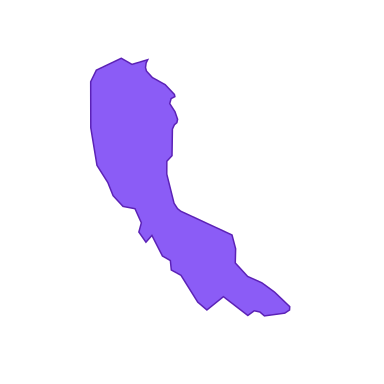 Middlesex, Virginia, United States of America, rotated 26°
{"feature_id": "52423323B72880351816690", "entity_name": "Middlesex", "entity_type": "district", "adm_level": 2, "iso_a3": "USA", "parent_name": "United States of America", "parent_adm1": "Virginia", "projection": "natural_earth1", "projection_center": [-76.544, 37.64], "detail": "fine", "context": "isolated", "style": "filled", "palette": "violet", "viewbox_px": 384, "rotation_deg": 26, "n_neighbors": 0, "source": "geoboundaries", "source_scale": "gbopen_adm2", "svg_char_len": 830}
<svg xmlns="http://www.w3.org/2000/svg" viewBox="0 0 384 384"><g transform="rotate(26 192 192)"><path d="M112.2,220.4L122.7,229.9L136.3,235.2L148.1,232.0L160.0,241.9L161.8,251.3L172.6,257.3L175.0,248.6L193.5,262.5L202.6,263.1L207.6,271.2L218.6,271.7L245.5,288.5L257.1,291.5L266.1,272.3L296.3,278.5L300.0,271.5L305.6,270.1L311.4,271.6L328.5,260.2L331.4,255.3L330.1,252.2L310.1,245.8L294.6,243.0L279.0,243.5L262.0,236.8L256.1,223.9L246.8,213.1L190.3,214.2L186.3,213.3L180.8,210.0L161.5,187.0L155.9,175.4L158.1,168.1L146.8,144.0L146.7,139.3L148.0,136.3L147.2,133.0L141.5,127.3L133.2,122.3L132.3,117.2L134.8,113.8L133.4,112.0L120.9,107.3L106.2,106.5L98.1,103.3L95.7,100.6L94.2,96.1L94.2,92.5L82.1,103.6L69.8,102.8L52.6,124.4L52.6,137.3L72.9,178.7L94.9,209.7L112.2,220.4Z" fill="#8b5cf6" stroke="#5b21b6" stroke-width="1.5"/></g></svg>